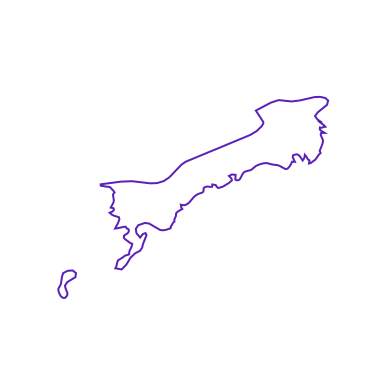 SVG path tracing the border of Eastern Samar, rotated 71°
{"feature_id": "PHL-2582", "entity_name": "Eastern Samar", "entity_type": "Province", "adm_level": 1, "iso_a3": "PHL", "parent_name": "Philippines", "parent_adm1": "", "projection": "natural_earth1", "projection_center": [125.501, 11.538], "detail": "fine", "context": "isolated", "style": "outline", "palette": "violet", "viewbox_px": 384, "rotation_deg": 71, "n_neighbors": 0, "source": "natural_earth", "source_scale": "10m", "svg_char_len": 2727}
<svg xmlns="http://www.w3.org/2000/svg" viewBox="0 0 384 384"><g transform="rotate(71 192 192)"><path d="M167.2,47.6L167.0,48.7L172.0,45.4L173.7,44.7L173.4,46.5L173.5,47.7L173.4,48.8L172.6,50.0L174.4,50.8L176.0,50.1L179.3,47.3L178.3,50.8L179.8,51.7L186.0,51.3L189.0,53.0L194.7,57.9L197.0,57.7L197.9,59.8L201.5,64.8L203.2,70.0L203.1,72.1L200.4,70.6L199.1,71.7L195.2,72.5L193.6,73.2L195.1,73.9L196.2,74.7L197.2,75.7L198.2,77.1L193.7,78.3L191.6,79.2L190.4,80.9L190.1,84.4L191.8,85.4L197.0,84.9L196.7,85.5L196.3,86.9L195.9,87.5L197.4,88.9L199.5,91.3L201.0,93.9L200.9,96.0L195.4,101.1L194.1,103.1L192.1,107.2L189.2,111.5L188.2,114.6L187.9,118.3L188.1,122.5L188.4,123.6L190.4,129.0L190.0,134.8L190.4,136.8L191.3,138.1L195.4,142.5L195.9,144.3L195.4,146.1L194.3,147.0L190.0,145.2L188.4,148.6L188.9,151.8L192.1,150.3L194.0,150.5L195.5,154.2L197.0,161.2L196.8,165.9L195.2,166.9L193.2,167.3L191.5,170.3L193.6,171.3L193.1,173.1L191.9,175.5L191.5,178.0L192.2,179.8L193.2,180.2L194.2,180.4L195.4,181.3L195.9,182.6L195.9,187.2L196.6,190.0L197.3,191.8L200.9,197.8L202.0,200.8L202.0,203.8L200.4,206.7L201.7,206.8L202.6,207.1L203.5,207.1L204.9,206.7L205.7,211.2L206.5,213.4L207.6,214.3L209.3,214.9L212.2,217.6L214.3,218.3L214.6,219.4L216.4,221.6L218.3,223.7L219.3,224.0L219.3,228.9L218.8,231.9L217.6,234.4L207.7,243.0L205.9,246.8L205.9,253.6L208.6,257.2L213.0,257.9L218.2,255.8L215.8,252.3L215.7,249.4L217.9,249.0L225.3,255.3L228.3,257.2L230.6,260.1L231.4,265.5L234.1,271.5L239.2,277.6L242.3,283.7L239.2,289.3L237.9,287.9L234.1,285.5L232.6,284.3L231.1,278.0L230.8,277.4L230.6,276.9L230.4,275.8L230.5,272.5L230.4,271.6L229.4,271.4L227.0,270.0L226.3,269.1L224.0,266.9L221.5,265.4L220.4,266.8L214.9,270.6L213.2,271.3L211.2,270.5L210.6,268.7L210.2,266.7L209.2,265.0L207.3,264.0L206.2,264.5L205.1,265.6L203.2,266.1L202.8,267.5L202.0,274.3L201.5,276.6L197.1,271.9L194.1,269.5L192.1,269.3L189.0,273.5L187.3,275.2L184.8,276.6L184.6,273.5L183.4,271.6L181.8,271.5L180.3,273.9L176.5,269.8L174.8,268.7L168.9,267.6L168.0,266.8L167.3,265.4L165.5,265.8L160.6,268.0L159.8,269.4L159.1,271.2L157.2,274.4L156.8,275.7L155.9,276.2L155.0,275.8L159.1,255.7L162.3,245.1L170.2,228.7L172.2,222.1L172.5,215.3L170.8,208.8L162.6,192.8L161.3,187.9L157.0,118.3L155.4,110.9L152.5,104.7L150.6,102.4L149.0,101.8L135.8,105.1L133.2,88.5L133.3,80.2L138.8,68.4L140.5,60.5L142.2,45.0L143.8,39.8L146.5,35.4L149.8,33.5L153.5,35.9L157.5,46.8L160.2,51.0L164.2,49.8L167.2,47.6ZM249.2,343.7L250.8,346.5L250.0,348.6L247.8,350.0L245.3,350.4L242.3,350.5L240.7,350.2L239.4,349.3L237.5,347.0L235.9,345.7L229.9,342.6L226.8,340.3L226.0,335.4L227.3,330.4L230.9,328.1L234.5,329.9L236.6,339.3L239.2,342.6L241.8,342.9L247.0,342.7L249.2,343.7Z" fill="none" stroke="#5b21b6" stroke-width="2"/></g></svg>